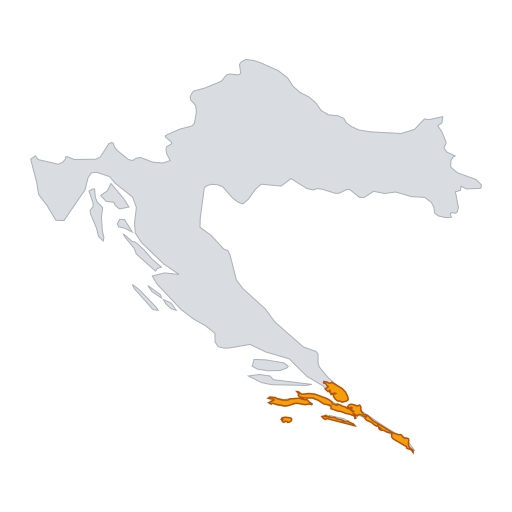 location of Dubrovacko-Neretvanska within Croatia
{"feature_id": "HRV-1490", "entity_name": "Dubrovacko-Neretvanska", "entity_type": "County", "adm_level": 1, "iso_a3": "HRV", "parent_name": "Croatia", "parent_adm1": "", "projection": "robinson", "projection_center": [17.511, 42.787], "detail": "fine", "context": "in_parent", "style": "filled", "palette": "amber", "viewbox_px": 512, "rotation_deg": 0, "n_neighbors": 0, "source": "natural_earth", "source_scale": "10m", "svg_char_len": 7443}
<svg xmlns="http://www.w3.org/2000/svg" viewBox="0 0 512 512"><path d="M35.4,155.8L38.2,159.6L58.3,164.2L62.7,162.2L65.4,159.1L65.4,157.1L67.2,156.6L74.2,159.5L96.0,159.2L100.4,156.9L108.8,143.7L111.5,142.6L113.2,143.1L114.4,147.0L117.5,150.7L128.4,159.5L132.5,160.5L136.6,158.1L140.7,157.5L152.6,162.1L162.7,163.0L170.2,160.6L166.6,153.5L166.0,149.9L166.5,146.8L171.7,143.7L171.5,142.3L165.3,136.8L165.7,135.4L179.3,129.3L192.3,125.8L194.5,123.2L196.4,111.7L195.7,105.5L190.5,99.8L190.2,96.9L191.4,93.9L193.5,91.1L204.9,88.0L221.4,81.2L226.4,75.0L229.5,74.0L238.7,74.9L240.7,73.3L239.5,64.4L241.1,62.1L245.9,59.5L254.0,60.5L260.7,62.8L278.3,70.7L287.7,78.0L292.9,86.1L299.9,92.4L308.8,96.9L315.9,102.9L321.1,110.5L328.4,114.8L337.8,115.7L343.7,118.3L346.2,122.6L351.3,126.5L359.0,130.0L371.0,131.9L401.1,133.5L414.5,129.4L424.5,118.9L428.8,119.7L442.8,116.6L441.9,122.9L437.8,125.7L442.1,132.2L446.2,142.7L444.0,147.9L446.7,152.0L455.2,156.0L452.9,157.2L450.9,160.7L450.7,167.0L457.6,172.9L475.8,179.4L481.2,184.6L481.3,186.9L480.3,188.4L466.3,188.9L461.0,186.2L460.5,190.4L455.4,191.8L458.4,207.3L457.3,211.8L455.4,213.3L451.5,212.5L450.4,214.0L451.3,217.3L446.3,217.7L438.2,215.9L434.5,212.9L433.8,206.9L431.2,202.2L424.7,197.4L411.3,196.6L395.7,192.0L384.4,193.5L373.6,191.3L364.3,197.4L359.5,197.4L350.1,189.8L347.3,189.3L339.1,193.2L335.7,193.4L322.0,189.2L317.0,188.6L313.3,190.0L306.8,188.5L291.0,178.6L281.2,186.1L261.2,184.2L255.3,189.4L248.4,199.2L242.9,203.9L238.1,202.2L232.5,197.9L222.7,186.8L217.7,184.8L212.0,184.3L206.9,185.6L204.3,187.8L200.2,218.5L200.0,227.2L210.9,235.2L223.8,249.1L228.0,250.7L230.1,255.2L236.4,280.0L243.0,288.7L265.3,308.9L274.7,321.8L303.4,347.0L316.0,351.4L318.0,353.8L318.1,363.5L319.5,367.2L327.9,377.4L345.2,392.4L347.2,395.9L347.8,398.4L346.7,400.4L342.1,402.4L322.3,385.5L306.8,376.3L289.3,358.9L265.9,352.0L249.9,344.4L229.5,348.0L223.0,348.0L218.3,346.7L215.0,341.9L215.0,333.5L205.7,325.9L193.0,318.7L181.0,309.4L157.0,284.1L152.3,276.0L164.7,272.9L179.1,274.5L163.7,263.9L141.7,242.8L135.2,232.9L134.6,222.2L136.4,207.5L132.6,197.1L115.7,183.7L109.5,176.6L97.0,172.4L91.4,172.8L87.9,178.0L85.2,189.6L64.0,220.5L55.9,220.3L47.1,205.6L38.6,194.5L36.8,182.9L30.7,159.2L35.4,155.8ZM408.4,438.7L408.5,442.2L414.8,450.9L386.9,431.6L360.7,415.9L342.1,412.1L316.7,399.5L300.2,395.1L313.8,394.0L352.9,410.8L348.5,406.4L354.2,404.6L359.0,405.9L362.0,411.3L384.0,426.2L398.1,434.9L408.4,438.7ZM103.9,237.3L103.2,241.1L98.6,236.4L96.4,227.9L90.7,214.3L90.0,210.5L93.1,206.7L93.0,202.9L89.0,191.1L92.5,189.1L94.6,188.9L95.3,197.1L97.1,201.8L102.7,207.6L101.4,217.3L102.4,231.1L103.9,237.3ZM129.0,207.0L119.5,209.0L115.1,205.3L113.9,202.3L106.2,201.4L100.6,195.4L107.3,190.9L111.0,183.5L123.7,198.6L129.0,207.0ZM280.1,370.5L267.9,370.8L257.3,369.1L252.1,366.1L254.1,359.4L265.9,359.9L283.9,362.9L288.3,366.3L287.0,367.9L280.1,370.5ZM311.8,384.4L306.4,385.4L271.8,384.7L261.8,382.7L248.4,376.0L259.6,374.5L270.1,376.0L273.3,379.7L311.8,384.4ZM157.4,268.4L155.4,271.0L136.3,254.0L134.2,248.4L124.8,236.9L123.4,233.8L132.1,241.4L135.3,242.1L143.6,249.4L151.7,258.8L161.4,267.1L157.4,268.4ZM269.6,396.8L283.9,399.5L294.4,398.3L304.0,399.9L311.3,404.4L294.9,403.4L285.1,406.5L276.4,404.9L273.1,402.9L270.8,400.3L269.6,396.8ZM157.0,308.1L158.0,310.4L152.9,309.5L134.3,288.6L132.3,284.5L139.0,289.4L157.0,308.1ZM124.6,219.6L132.3,232.1L125.1,228.3L118.6,226.8L117.3,223.9L119.7,219.3L124.6,219.6ZM343.9,418.6L354.5,425.2L323.4,416.6L330.2,415.6L343.9,418.6ZM171.2,303.1L176.2,310.3L171.3,308.8L166.3,304.4L163.4,299.6L171.2,303.1ZM160.4,294.7L161.6,298.0L152.0,291.7L147.8,285.5L160.4,294.7Z" fill="#d9dde1" stroke="#a8b0b8" stroke-width="1"/><path d="M408.5,438.8L408.8,440.3L408.4,443.4L408.5,445.1L409.0,446.5L409.9,447.8L410.9,448.9L411.5,449.2L412.8,450.0L413.2,451.0L413.1,452.5L411.4,450.1L410.3,449.4L407.7,448.7L406.6,448.1L406.5,446.7L393.0,438.8L391.6,436.8L391.6,436.0L391.8,434.6L391.8,433.4L391.3,432.9L387.3,432.3L384.1,430.6L382.9,430.3L381.5,430.2L380.3,429.9L379.4,429.3L378.9,428.3L380.4,428.3L378.7,426.9L378.1,426.2L377.8,425.1L376.6,426.1L374.7,425.2L371.4,422.4L366.7,420.3L365.1,418.7L366.0,416.5L363.9,416.6L361.5,415.0L359.3,414.5L358.8,414.6L358.2,414.9L357.7,415.2L357.3,416.0L356.8,415.8L356.3,415.4L356.1,415.2L355.6,414.9L353.8,413.6L352.7,413.2L354.1,414.4L354.8,415.3L355.9,417.7L355.9,418.1L355.3,418.5L354.8,418.3L354.8,417.8L355.0,417.0L354.9,416.5L353.3,415.6L349.4,414.1L345.9,413.5L341.7,411.7L337.5,411.0L330.9,408.6L331.1,406.2L329.1,405.0L323.9,404.0L317.8,400.0L315.1,399.2L313.9,398.4L313.3,398.2L312.4,398.0L304.1,398.0L301.5,397.4L300.3,397.0L298.8,396.2L298.1,395.2L298.9,394.2L298.9,393.5L298.2,393.2L297.7,392.7L297.3,392.2L296.8,391.6L298.5,391.8L301.0,393.7L302.4,394.2L309.0,393.5L315.4,394.3L327.0,398.6L329.8,400.2L332.0,402.0L332.1,402.4L332.1,402.9L332.2,403.5L332.4,404.0L332.8,404.1L333.7,403.9L334.1,404.0L335.5,404.9L336.1,405.2L337.0,405.3L337.3,405.1L337.2,404.2L337.5,404.0L338.0,404.1L338.7,404.6L339.1,404.7L340.1,404.9L340.8,405.2L342.0,406.0L345.1,406.9L346.5,407.6L347.4,408.6L347.9,408.6L349.0,408.5L352.3,411.4L354.3,411.9L351.9,410.2L351.2,409.1L352.1,407.9L351.6,407.3L349.4,408.1L347.4,407.0L348.4,405.6L349.5,404.6L351.2,404.2L352.9,404.5L356.1,405.7L357.8,405.9L358.4,405.6L359.0,405.2L359.7,405.1L360.6,406.2L360.9,407.2L360.8,409.5L360.9,410.6L363.4,414.0L364.2,414.5L366.9,415.2L368.8,416.6L372.2,420.0L374.0,421.4L378.2,423.8L391.8,432.2L394.4,433.4L398.7,434.7L400.8,434.6L401.6,435.2L403.2,437.3L403.3,437.4L404.4,438.1L407.2,438.3L408.5,438.8ZM331.7,382.3L342.3,388.6L343.1,389.5L345.5,392.0L347.9,397.1L348.2,399.8L346.0,401.3L341.8,402.0L341.7,402.0L339.4,400.8L338.2,401.2L336.7,400.4L335.4,399.2L334.6,398.2L333.5,396.4L333.3,395.2L333.9,394.3L335.7,393.5L334.6,393.1L333.3,393.6L331.9,394.3L330.4,394.8L330.9,394.6L332.4,393.5L331.7,393.5L330.9,393.4L330.3,393.0L329.8,392.2L330.4,391.6L329.9,390.7L329.8,390.2L328.1,391.6L325.5,389.4L325.1,388.9L327.3,387.5L327.8,387.2L328.2,386.9L328.2,386.6L327.9,386.3L327.1,385.8L326.7,385.5L326.5,385.1L326.1,384.3L325.8,383.8L325.5,383.5L325.0,383.3L324.1,383.2L323.8,383.1L323.6,382.9L323.5,382.6L323.7,381.8L323.8,381.5L324.1,381.5L325.5,381.8L327.1,382.0L327.4,382.2L327.6,382.3L327.9,382.7L328.2,382.9L328.7,383.1L329.3,383.1L330.7,383.0L331.2,382.7L331.6,382.5L331.7,382.3ZM306.9,399.4L308.2,401.0L309.4,402.1L312.2,404.0L311.7,404.7L310.2,404.0L308.6,404.1L305.0,404.7L297.9,403.3L294.6,403.5L288.8,405.5L285.1,406.0L276.5,404.4L272.7,403.4L271.3,403.5L271.3,404.0L269.9,403.6L268.6,402.7L273.9,400.1L273.9,399.4L272.4,399.0L269.4,398.6L268.1,398.2L269.7,397.2L271.5,397.2L273.2,397.4L275.0,397.4L276.6,398.4L278.7,399.2L283.0,400.1L287.3,400.1L288.4,399.8L290.1,398.9L299.2,398.2L305.3,399.9L306.9,399.4ZM347.9,421.1L349.5,422.4L353.4,424.0L354.9,425.8L326.6,418.5L325.7,419.5L324.1,418.9L322.6,417.6L321.8,416.5L323.2,416.3L325.7,415.4L327.1,415.5L326.8,415.6L326.3,415.9L325.5,416.5L326.4,416.5L327.2,416.5L328.0,416.7L328.7,417.2L329.3,416.5L330.6,417.3L334.4,417.4L337.4,419.0L341.3,419.7L343.1,420.5L342.9,420.7L342.6,421.1L347.0,421.6L347.9,421.1ZM285.6,417.2L290.5,417.9L291.5,418.5L291.7,419.9L290.8,421.3L289.3,422.2L287.7,422.4L287.5,421.8L286.8,421.7L285.6,421.1L284.8,422.0L283.8,422.3L282.7,421.8L281.9,420.5L282.8,420.0L283.0,419.1L282.6,418.6L281.9,419.2L281.3,419.2L281.9,418.0L283.3,417.5L285.6,417.2Z" fill="#f59e0b" stroke="#b45309" stroke-width="1.5"/></svg>